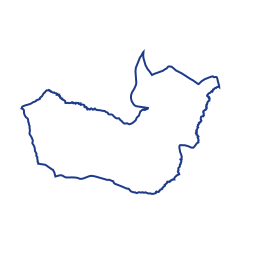 Siem Bouk, Stœng Trêng, Cambodia (Mercator projection), rotated 346°
{"feature_id": "14789045B16861695729461", "entity_name": "Siem Bouk", "entity_type": "district", "adm_level": 2, "iso_a3": "KHM", "parent_name": "Cambodia", "parent_adm1": "Stœng Trêng", "projection": "mercator", "projection_center": [105.84, 13.315], "detail": "fine", "context": "isolated", "style": "outline", "palette": "blue", "viewbox_px": 256, "rotation_deg": 346, "n_neighbors": 0, "source": "geoboundaries", "source_scale": "gbopen_adm2", "svg_char_len": 5796}
<svg xmlns="http://www.w3.org/2000/svg" viewBox="0 0 256 256"><g transform="rotate(346 128 128)"><path d="M45.8,157.5L50.5,157.4L51.9,157.8L52.9,158.3L54.6,160.1L56.2,161.1L62.6,162.6L66.4,163.9L69.3,165.8L71.9,166.2L78.7,165.4L79.7,165.4L81.7,165.8L84.7,167.2L94.9,173.1L95.5,173.4L97.6,173.8L99.1,175.1L100.8,176.1L100.9,177.5L101.7,178.9L107.4,182.9L111.6,186.1L112.9,186.8L113.3,186.8L113.6,187.1L114.0,187.2L115.4,190.1L117.9,191.8L119.3,192.1L119.8,192.7L120.9,193.3L122.4,193.0L123.2,193.0L124.2,193.5L125.6,193.9L126.6,193.8L127.4,194.5L128.2,194.7L128.7,194.8L129.4,194.6L130.8,195.8L132.6,196.7L133.5,196.7L135.2,197.7L136.7,198.0L139.3,197.9L139.6,197.7L139.7,196.8L140.1,196.5L142.1,197.5L142.8,197.2L142.7,196.9L143.5,196.4L144.3,195.7L145.3,195.5L146.0,195.6L146.5,195.4L146.7,194.6L148.0,194.0L148.2,193.5L149.8,193.0L150.1,192.4L150.0,191.9L150.9,191.7L151.4,191.3L152.5,190.8L152.5,190.6L153.1,189.6L153.4,189.6L154.0,190.0L154.6,189.9L154.9,190.4L156.3,190.0L156.4,189.4L157.8,188.9L158.1,189.0L158.7,188.9L158.8,189.0L159.2,188.7L160.5,189.1L160.4,188.3L162.0,186.8L163.0,186.4L163.8,185.7L165.0,185.7L165.6,185.3L166.5,185.3L166.4,183.8L166.0,183.5L165.8,182.4L165.9,182.1L166.9,181.2L166.8,180.1L167.2,179.1L167.4,178.8L168.4,178.5L169.1,177.7L169.3,176.3L169.4,176.2L169.9,176.1L170.3,175.7L170.4,174.9L171.0,174.6L171.8,173.0L171.7,172.3L171.2,171.1L171.3,171.0L171.6,171.1L172.3,171.6L172.5,171.4L172.3,170.7L173.1,169.5L173.2,167.5L172.8,163.9L173.1,159.3L173.7,157.7L174.3,157.3L174.7,157.3L179.2,158.6L181.6,160.0L183.6,161.4L184.4,162.2L186.6,162.9L187.8,162.2L191.1,159.5L192.9,159.0L192.9,157.8L193.1,157.4L193.4,157.3L193.6,156.4L193.4,155.3L193.7,154.8L193.3,154.3L193.3,153.6L193.5,153.2L194.1,153.0L193.6,152.4L193.7,151.6L192.9,151.0L193.2,150.5L192.8,149.8L193.1,149.7L193.4,149.4L193.1,149.1L193.7,148.8L193.9,148.5L193.4,147.8L193.7,146.8L194.4,146.6L194.5,146.1L195.1,145.6L195.3,145.0L196.2,144.4L195.7,143.5L195.8,143.3L196.9,142.1L196.8,141.7L197.6,141.4L198.0,141.0L198.0,140.2L198.3,140.0L198.7,140.2L199.7,139.9L199.9,139.2L200.8,138.9L201.0,138.7L200.7,136.8L201.6,134.9L201.8,134.7L202.9,134.6L203.8,134.9L204.2,134.4L204.7,134.2L204.5,133.4L204.7,132.8L205.1,132.4L205.1,132.0L204.9,131.5L205.0,131.0L204.8,130.8L205.1,130.0L205.6,130.0L206.1,129.5L207.0,129.1L207.2,129.3L207.7,129.1L208.3,128.7L208.5,128.1L208.9,128.2L209.1,127.9L209.0,127.4L209.3,127.0L208.9,126.8L208.9,126.5L209.0,126.1L209.5,125.3L209.5,124.7L210.3,124.5L210.6,123.9L210.5,123.7L210.9,123.4L211.2,122.4L211.7,121.9L212.3,121.7L212.6,121.3L213.6,121.1L213.9,120.0L214.1,119.8L214.4,118.6L214.3,118.2L213.7,118.7L213.5,117.3L213.3,117.2L213.1,116.6L212.5,116.0L212.7,115.4L213.6,115.0L213.6,114.7L214.1,114.3L215.2,113.8L216.1,113.8L217.9,112.5L218.2,112.5L218.4,112.8L218.5,112.6L219.0,112.7L219.1,112.2L219.5,111.9L219.8,111.2L220.3,111.1L221.0,111.2L222.0,110.3L222.9,110.2L223.4,110.4L223.8,110.0L225.0,109.7L226.2,110.1L226.4,110.4L226.6,109.4L226.5,104.2L226.6,102.0L226.5,100.5L226.0,99.9L225.0,99.6L223.9,99.6L223.4,99.3L223.0,98.6L222.2,98.3L220.7,98.4L215.0,99.1L213.4,99.5L210.8,100.4L207.3,102.4L206.8,102.4L202.5,97.4L200.5,95.6L193.4,88.0L188.4,83.7L187.0,81.6L185.2,79.2L184.8,78.9L183.6,78.6L183.3,78.3L182.5,78.1L181.6,78.3L179.8,79.6L178.0,80.0L175.7,80.9L166.1,81.9L164.1,82.4L162.8,78.8L161.3,75.6L160.2,71.4L159.9,63.9L160.4,60.9L161.4,58.0L160.7,58.5L158.5,61.0L156.5,62.7L150.1,71.6L148.9,75.1L147.1,85.7L146.3,87.9L144.0,90.9L140.3,94.7L138.9,97.0L138.2,99.3L138.0,101.4L138.2,103.4L139.2,106.5L139.8,107.5L140.8,108.5L141.4,108.9L152.2,113.4L152.0,113.9L151.0,114.3L149.6,114.3L149.0,114.6L147.5,114.2L147.7,113.9L146.7,113.8L145.6,114.1L144.7,114.7L143.9,115.0L141.5,118.8L139.4,119.8L138.4,120.8L137.5,122.2L135.4,123.4L132.8,124.5L130.5,124.7L129.6,124.4L128.3,123.2L125.7,122.9L125.4,122.7L124.5,121.6L123.5,119.7L122.6,118.6L122.0,117.4L121.8,116.6L120.8,116.2L119.8,116.1L118.7,115.5L117.3,113.7L116.2,111.6L115.4,110.9L112.8,110.2L112.3,109.8L112.2,108.7L111.7,107.9L110.4,107.1L109.6,105.9L107.3,105.1L105.4,104.1L102.2,103.0L101.4,102.5L100.6,101.1L100.2,101.1L99.7,101.6L99.3,101.8L98.9,101.6L98.2,101.6L98.1,101.0L97.3,100.5L97.2,100.2L96.4,100.2L95.6,100.9L94.8,100.6L94.5,99.9L93.7,99.6L93.0,100.0L92.9,99.5L93.1,99.2L93.0,98.4L92.8,97.8L92.5,97.5L91.9,97.4L91.4,97.6L90.8,96.8L91.2,96.2L91.1,95.3L90.3,94.6L89.1,94.1L87.6,94.1L87.5,93.9L87.8,92.8L87.4,92.9L87.2,93.2L86.8,92.8L86.7,93.0L86.4,92.9L86.5,92.5L86.3,92.0L85.7,91.5L84.3,91.7L84.0,91.6L83.6,90.9L83.3,90.9L82.8,91.5L82.2,90.8L81.1,90.9L80.2,90.3L80.1,90.0L80.4,89.7L80.0,89.4L79.4,89.5L78.8,89.9L77.8,89.8L76.8,89.6L76.0,89.1L74.7,89.0L73.5,88.6L73.7,88.1L73.3,87.5L73.5,86.8L73.3,86.2L71.3,84.5L71.1,84.3L71.3,83.6L70.5,83.5L70.4,83.0L69.4,82.1L69.4,81.7L69.9,81.3L69.9,80.9L69.8,80.6L68.9,80.3L68.7,79.7L69.1,79.1L68.3,79.0L67.7,78.8L67.2,78.5L66.9,78.5L67.0,78.2L67.6,78.2L67.7,77.9L67.3,77.9L66.9,77.1L66.0,76.8L65.1,76.0L64.9,75.6L64.1,75.7L61.8,74.0L61.9,73.4L61.1,73.1L61.1,72.6L60.9,72.3L60.6,72.4L60.1,72.3L60.0,72.0L59.4,72.2L58.2,71.8L57.0,72.4L56.0,73.4L55.5,73.4L54.9,73.9L54.4,74.1L52.3,76.3L49.8,77.5L49.7,78.0L49.3,78.6L47.5,78.7L47.1,78.9L46.6,78.8L46.2,79.1L45.7,79.0L45.1,79.6L43.8,79.9L42.5,79.9L39.6,80.9L37.4,81.1L33.8,81.2L31.4,81.5L30.5,81.8L29.4,83.3L30.8,84.3L31.2,85.1L31.2,86.1L30.7,88.6L30.9,90.8L31.5,92.7L32.7,94.3L33.1,95.3L32.7,98.4L33.0,99.3L32.7,100.4L33.0,102.2L32.5,104.1L32.3,106.5L31.1,109.4L31.1,110.3L32.1,113.4L32.6,116.5L32.4,117.9L31.6,119.2L31.5,119.8L32.2,121.7L32.6,123.6L32.6,125.2L32.2,127.7L33.0,130.9L32.6,131.5L32.6,132.4L32.3,132.9L33.0,134.5L32.5,135.8L32.5,138.0L32.1,138.5L32.2,139.2L32.5,139.8L32.2,140.9L38.9,143.7L44.7,150.3L45.1,150.4L45.8,153.5L45.8,157.5Z" fill="none" stroke="#1e3a8a" stroke-width="2"/></g></svg>